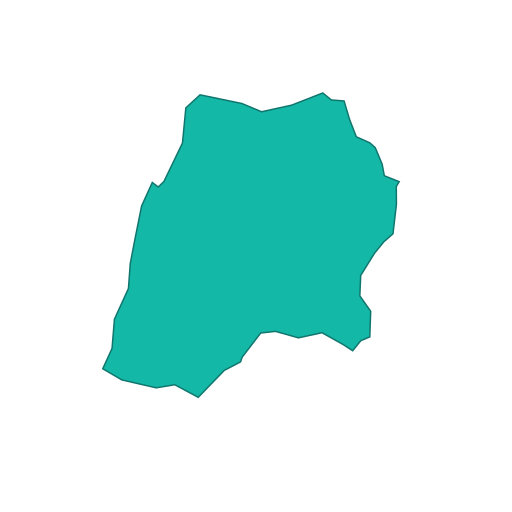 Agios Georgios, Paphos, Cyprus, rotated 123°
{"feature_id": "46923920B97562378174172", "entity_name": "Agios Georgios", "entity_type": "district", "adm_level": 2, "iso_a3": "CYP", "parent_name": "Cyprus", "parent_adm1": "Paphos", "projection": "equal_earth", "projection_center": [32.652, 34.784], "detail": "fine", "context": "isolated", "style": "filled", "palette": "teal", "viewbox_px": 512, "rotation_deg": 123, "n_neighbors": 0, "source": "geoboundaries", "source_scale": "gbopen_adm2", "svg_char_len": 778}
<svg xmlns="http://www.w3.org/2000/svg" viewBox="0 0 512 512"><g transform="rotate(123 256 256)"><path d="M115.7,176.4L118.8,192.1L110.2,200.3L100.2,215.0L99.1,222.1L101.4,236.8L90.5,251.9L78.0,266.6L84.1,277.8L82.9,288.8L110.0,308.2L132.0,329.9L135.8,350.9L151.3,390.7L170.0,395.5L201.3,379.2L243.7,373.8L251.4,375.6L250.8,383.0L276.3,379.2L307.3,366.9L330.9,357.3L352.7,345.3L386.1,340.3L411.9,326.4L434.0,323.1L433.9,320.1L433.0,301.0L420.9,267.9L408.2,254.0L406.0,227.5L369.2,220.3L353.2,211.3L348.3,212.5L318.0,210.1L308.6,198.6L301.5,175.8L284.4,158.9L282.8,134.8L282.8,123.3L269.9,122.0L261.9,116.5L239.9,129.7L232.9,147.2L215.3,157.6L188.8,158.1L174.3,156.5L162.8,153.2L136.3,166.3L121.3,176.2L115.7,176.4Z" fill="#14b8a6" stroke="#0f766e" stroke-width="1.5"/></g></svg>